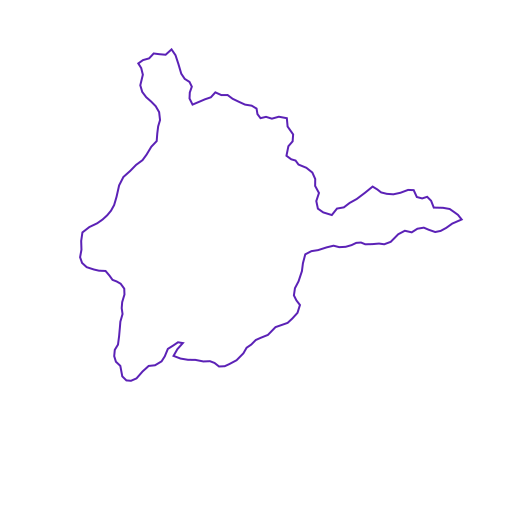 the district of São José do Goiabal, Minas Gerais, Brazil, rotated 21°
{"feature_id": "56859067B58749623581662", "entity_name": "São José do Goiabal", "entity_type": "district", "adm_level": 2, "iso_a3": "BRA", "parent_name": "Brazil", "parent_adm1": "Minas Gerais", "projection": "equal_earth", "projection_center": [-42.684, -19.938], "detail": "fine", "context": "isolated", "style": "outline", "palette": "violet", "viewbox_px": 512, "rotation_deg": 21, "n_neighbors": 0, "source": "geoboundaries", "source_scale": "gbopen_adm2", "svg_char_len": 2471}
<svg xmlns="http://www.w3.org/2000/svg" viewBox="0 0 512 512"><g transform="rotate(21 256 256)"><path d="M77.1,118.4L81.5,121.7L85.4,127.3L86.8,138.1L91.0,143.6L96.6,147.1L102.8,149.4L108.7,152.1L114.0,156.4L117.7,163.5L118.2,170.0L119.9,176.9L122.1,184.3L119.1,191.5L117.5,200.6L115.7,207.2L111.4,213.9L108.0,221.8L103.9,229.7L102.9,239.1L104.6,250.8L105.3,259.3L104.4,265.7L102.5,271.3L99.7,276.9L96.0,282.4L90.1,288.6L85.5,296.2L87.4,304.6L90.8,312.7L92.2,320.2L96.1,324.8L101.9,327.1L109.5,326.7L114.6,326.0L120.9,323.9L126.2,326.8L130.6,329.7L135.0,329.7L139.6,330.4L144.7,333.7L147.0,339.1L147.6,347.0L149.3,352.8L152.2,358.0L152.9,365.9L154.6,371.7L157.0,380.2L158.9,388.2L157.8,394.2L159.5,400.3L163.1,404.9L168.7,407.2L174.3,416.3L179.6,418.6L184.0,417.3L188.3,413.1L191.5,404.4L195.2,397.1L200.9,394.2L205.6,388.2L206.8,382.4L207.0,374.3L210.9,369.1L214.1,364.5L218.9,363.5L216.0,371.1L214.8,378.8L222.3,378.8L229.6,377.3L236.7,374.7L244.7,373.3L250.7,370.7L255.6,370.7L261.1,372.4L266.3,370.1L269.8,366.5L275.2,360.3L279.1,351.4L280.1,345.0L283.3,340.4L285.9,334.5L289.8,330.6L295.4,325.4L299.7,315.4L304.8,311.1L309.5,307.1L312.3,301.4L315.1,294.2L314.6,286.0L309.7,283.0L305.5,279.2L303.9,272.1L304.8,264.5L304.3,253.7L302.4,245.9L301.4,236.8L306.0,231.6L311.8,228.3L318.9,222.6L324.7,218.6L330.6,217.9L336.4,215.3L341.3,211.6L344.9,207.8L349.2,205.8L353.8,205.9L360.2,203.3L366.4,200.3L371.5,199.1L376.7,194.5L381.0,184.7L385.9,179.1L392.9,178.1L396.9,172.7L402.5,169.4L407.8,169.6L414.7,169.4L419.4,166.4L423.5,161.6L427.6,155.4L434.9,148.2L429.8,145.2L425.3,144.0L420.0,142.7L413.3,144.0L404.6,147.1L399.7,141.7L394.6,139.4L390.5,142.7L385.0,143.3L379.6,138.0L374.3,139.8L368.2,145.2L362.1,149.2L355.8,151.1L350.0,151.8L345.4,150.4L340.0,149.4L335.1,157.9L329.6,166.7L324.4,172.9L320.6,179.1L314.6,182.7L312.1,190.6L303.1,191.2L296.8,189.6L292.6,183.1L292.2,174.6L286.1,169.4L283.7,162.9L278.7,157.9L271.4,155.6L262.9,155.4L258.7,152.7L254.2,153.1L248.5,151.5L246.9,141.9L249.1,135.8L247.1,129.2L239.1,123.8L235.4,116.3L227.4,117.8L221.6,122.1L215.5,122.5L210.8,125.7L206.5,123.0L203.7,118.2L198.1,117.2L191.5,118.6L185.2,118.2L177.8,117.6L171.8,115.9L166.0,118.2L159.4,117.8L157.0,124.0L152.2,128.0L148.2,131.9L142.5,137.4L137.5,132.8L135.6,127.1L135.4,120.9L131.5,117.3L126.0,116.2L120.9,112.6L114.7,104.5L108.9,97.4L103.1,93.4L99.5,100.5L93.6,102.2L87.9,103.6L85.4,109.8L80.3,113.6L77.1,118.4Z" fill="none" stroke="#5b21b6" stroke-width="2"/></g></svg>